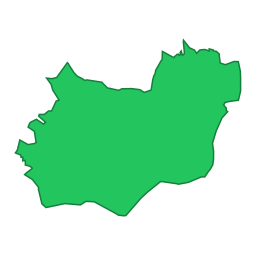 the district of Kaura, Kaduna, Nigeria
{"feature_id": "59680162B84224544107566", "entity_name": "Kaura", "entity_type": "district", "adm_level": 2, "iso_a3": "NGA", "parent_name": "Nigeria", "parent_adm1": "Kaduna", "projection": "orthographic", "projection_center": [8.436, 9.644], "detail": "fine", "context": "isolated", "style": "filled", "palette": "green", "viewbox_px": 256, "rotation_deg": 0, "n_neighbors": 0, "source": "geoboundaries", "source_scale": "gbopen_adm2", "svg_char_len": 2306}
<svg xmlns="http://www.w3.org/2000/svg" viewBox="0 0 256 256"><path d="M204.8,176.9L208.5,171.4L209.9,169.8L212.7,165.1L213.5,159.7L213.6,151.4L212.5,143.2L216.2,130.9L219.2,124.2L222.0,117.9L227.7,111.7L226.2,110.4L226.3,108.1L223.7,105.1L224.9,102.6L228.2,101.7L233.2,100.9L238.4,100.3L239.7,94.8L240.6,90.9L240.6,78.7L240.4,71.5L238.3,61.6L234.1,61.5L225.3,64.7L220.5,63.1L220.2,62.9L219.2,55.1L219.3,54.1L216.5,51.4L214.0,51.0L213.4,50.8L213.2,49.9L209.2,48.9L209.2,51.0L205.8,49.8L204.9,49.5L202.4,49.7L199.8,50.0L199.6,50.2L196.6,53.3L194.5,50.1L193.4,49.6L189.5,47.8L183.5,40.2L183.3,41.7L184.0,48.3L184.4,53.1L184.0,54.0L183.6,54.5L182.4,55.2L181.2,51.0L180.1,52.5L180.5,54.3L179.4,55.4L178.4,54.2L177.1,54.4L174.6,56.6L173.5,57.5L162.4,51.4L162.1,59.7L161.3,60.4L155.6,70.4L155.7,70.5L155.4,72.2L154.6,75.0L154.0,75.4L152.8,79.5L151.4,88.4L151.0,90.1L145.3,92.0L144.4,92.4L143.7,92.1L142.8,91.6L140.9,90.2L139.5,89.6L131.6,88.6L121.8,88.8L118.8,90.3L118.7,90.3L107.4,87.9L103.3,83.8L101.8,82.2L86.9,79.9L84.8,80.4L82.5,78.8L77.3,76.2L75.1,73.9L73.8,72.4L68.8,64.7L68.5,64.0L68.2,63.4L67.3,62.7L56.7,77.5L51.9,78.7L46.6,78.1L51.1,84.3L51.2,84.5L52.7,90.0L59.0,100.0L58.6,100.3L56.2,101.0L51.6,110.9L48.5,111.0L44.3,114.4L39.3,114.4L38.7,116.2L45.5,122.2L43.5,124.1L36.4,119.3L30.3,122.4L29.4,123.8L28.1,127.1L34.1,131.2L34.4,131.6L36.1,142.5L34.5,143.5L28.1,144.6L19.8,140.0L18.4,146.0L18.1,146.7L17.7,149.1L16.3,151.8L15.4,152.6L15.5,153.0L20.7,155.0L20.8,155.9L21.1,157.1L21.1,157.3L21.3,157.3L21.5,157.3L22.1,157.3L22.5,157.2L22.8,157.2L22.9,158.1L22.8,159.5L22.8,160.8L23.0,160.7L23.9,160.6L24.3,160.6L25.1,160.4L25.2,161.5L25.3,162.6L25.4,163.3L25.3,165.0L25.6,165.1L26.0,165.2L27.1,165.5L27.5,165.6L27.9,165.7L28.7,165.9L29.7,166.2L30.5,166.7L31.4,167.5L32.3,168.2L32.2,168.4L31.9,168.7L31.2,169.3L29.5,170.5L28.3,171.5L27.7,171.8L26.8,172.5L26.1,173.2L25.2,174.0L24.6,174.6L25.7,175.3L32.4,179.5L38.6,187.4L38.4,189.4L39.0,191.5L41.9,203.7L42.3,204.3L46.0,207.5L49.6,206.8L64.7,203.6L80.4,204.9L81.0,204.5L85.9,201.4L93.4,201.7L94.3,201.8L117.2,214.3L118.4,215.2L124.2,215.8L125.9,215.5L141.3,197.8L147.3,192.3L160.5,181.6L162.8,181.7L176.6,183.7L178.4,184.2L187.7,182.5L189.7,181.8L198.3,178.2L200.0,177.4L201.2,176.9L204.8,176.9Z" fill="#22c55e" stroke="#15803d" stroke-width="1.5"/></svg>